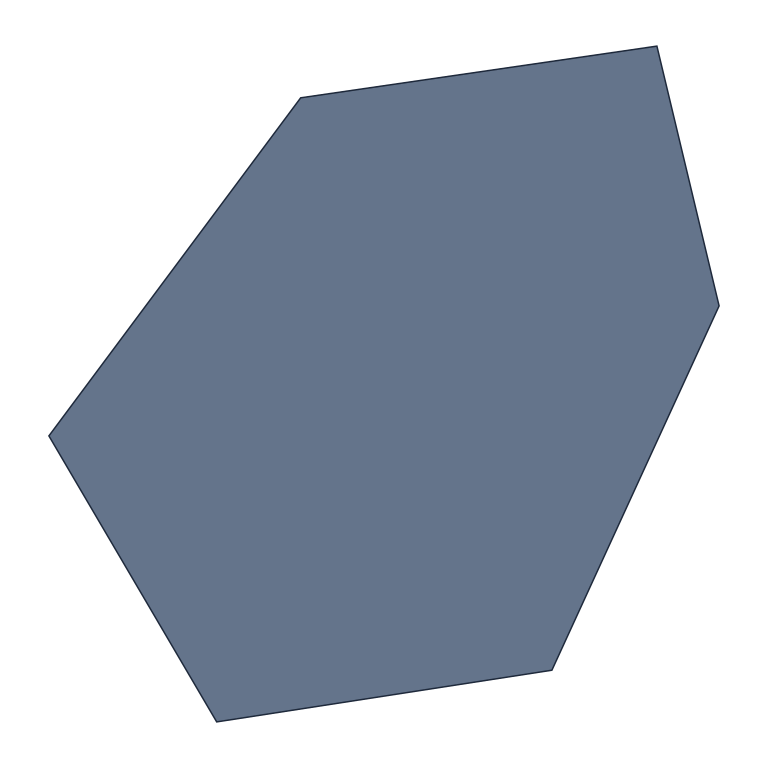 outline of San Marino
{"feature_id": "SMR", "entity_name": "San Marino", "entity_type": "country or territory", "adm_level": 0, "iso_a3": "SMR", "parent_name": "Europe", "parent_adm1": "", "projection": "robinson", "projection_center": [12.465, 43.942], "detail": "fine", "context": "isolated", "style": "filled", "palette": "slate", "viewbox_px": 768, "rotation_deg": 0, "n_neighbors": 0, "source": "natural_earth", "source_scale": "50m", "svg_char_len": 213}
<svg xmlns="http://www.w3.org/2000/svg" viewBox="0 0 768 768"><path d="M551.9,670.2L216.7,721.9L48.9,435.9L300.7,97.8L656.9,46.1L719.1,305.9L551.9,670.2Z" fill="#64748b" stroke="#1e293b" stroke-width="1.5"/></svg>